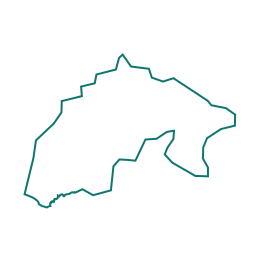 Suzak, Jalal-Abad, Kyrgyzstan (Mercator projection), rotated 356°
{"feature_id": "92254566B63974139076370", "entity_name": "Suzak", "entity_type": "district", "adm_level": 2, "iso_a3": "KGZ", "parent_name": "Kyrgyzstan", "parent_adm1": "Jalal-Abad", "projection": "mercator", "projection_center": [73.12, 41.081], "detail": "fine", "context": "isolated", "style": "outline", "palette": "teal", "viewbox_px": 256, "rotation_deg": 356, "n_neighbors": 0, "source": "geoboundaries", "source_scale": "gbopen_adm2", "svg_char_len": 1772}
<svg xmlns="http://www.w3.org/2000/svg" viewBox="0 0 256 256"><g transform="rotate(356 128 128)"><path d="M234.8,133.1L235.8,122.1L227.0,115.0L212.7,111.1L209.4,106.4L176.8,81.5L166.2,84.1L155.3,79.4L153.0,70.4L135.3,66.9L127.8,54.4L124.0,57.4L120.0,68.8L100.3,72.4L97.9,81.1L84.1,83.4L84.2,93.0L63.8,96.5L62.7,107.8L54.4,118.3L35.3,133.9L31.6,151.2L20.2,186.9L20.6,187.0L22.0,187.7L27.2,190.2L29.8,191.9L32.1,193.9L33.6,195.9L33.7,197.6L35.9,199.2L36.8,199.9L39.1,200.6L41.4,201.6L43.1,200.8L44.6,200.4L45.1,200.4L45.0,199.8L44.9,199.7L45.1,199.3L45.1,198.6L45.2,198.4L45.1,197.8L45.3,197.5L45.6,197.4L45.7,197.1L45.9,197.2L46.0,197.2L46.0,196.8L46.2,196.6L46.4,196.2L46.7,196.1L47.3,195.9L47.4,196.4L47.8,196.3L48.0,196.1L48.0,196.3L48.2,196.5L48.7,196.5L48.7,195.8L48.9,195.7L49.0,195.7L49.2,195.3L49.3,195.4L49.4,195.2L49.6,194.7L49.5,194.0L49.9,193.8L50.1,193.8L50.2,193.6L50.3,193.6L50.5,193.7L50.8,193.7L51.4,193.7L51.6,193.8L52.0,193.7L52.4,193.5L52.5,193.3L52.7,193.0L52.8,192.8L53.0,192.8L53.3,191.7L53.4,191.1L53.4,190.5L54.6,191.3L54.7,191.1L54.8,190.9L55.0,190.9L55.7,190.3L55.8,190.1L56.0,190.1L56.2,189.8L56.7,189.7L57.0,189.6L57.4,189.6L57.6,189.6L58.0,189.7L58.1,189.8L58.3,190.0L58.5,190.2L58.5,190.5L58.6,190.9L58.8,191.0L59.0,191.1L59.2,191.3L59.2,191.5L59.6,191.5L60.1,190.9L60.4,190.6L60.6,190.2L60.8,190.1L61.0,190.1L65.0,189.5L66.3,188.8L67.2,188.4L68.2,188.2L69.3,188.8L69.9,188.6L70.2,188.3L71.2,188.7L78.1,185.9L79.8,186.9L88.5,192.6L106.6,189.0L110.8,165.2L117.2,158.8L124.7,159.7L133.1,161.1L144.6,140.7L155.8,140.7L166.5,134.6L173.7,133.9L172.6,142.0L165.9,150.5L162.8,157.0L169.8,165.7L191.8,180.5L204.4,181.8L205.0,173.0L200.6,163.7L201.7,152.6L206.2,143.6L220.8,135.5L234.8,133.1Z" fill="none" stroke="#0f766e" stroke-width="2"/></g></svg>